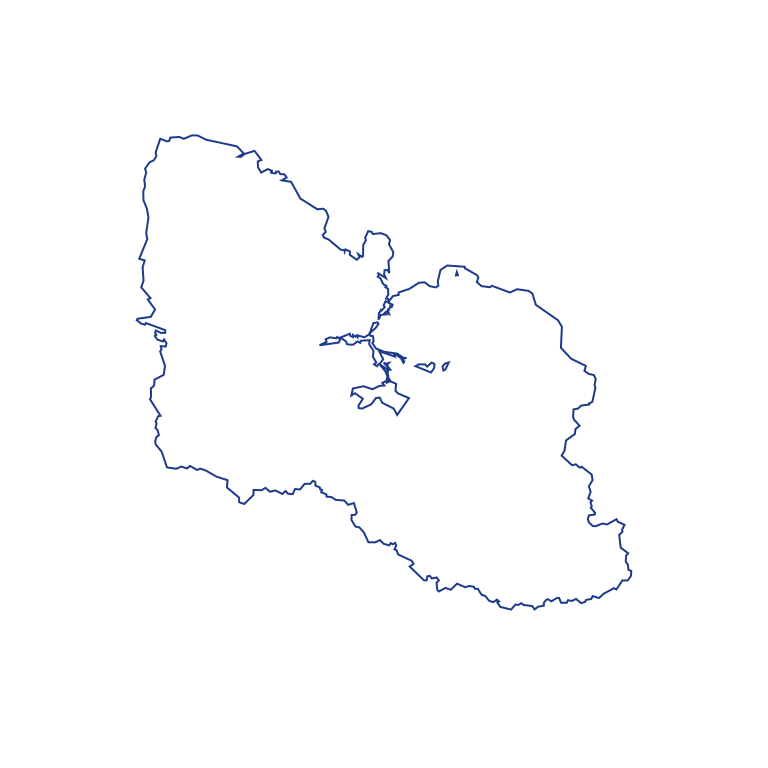 Kadamjay, Batken, Kyrgyzstan (Equal Earth projection), rotated 19°
{"feature_id": "92254566B89455719533038", "entity_name": "Kadamjay", "entity_type": "district", "adm_level": 2, "iso_a3": "KGZ", "parent_name": "Kyrgyzstan", "parent_adm1": "Batken", "projection": "equal_earth", "projection_center": [71.702, 39.995], "detail": "fine", "context": "isolated", "style": "outline", "palette": "blue", "viewbox_px": 768, "rotation_deg": 19, "n_neighbors": 0, "source": "geoboundaries", "source_scale": "gbopen_adm2", "svg_char_len": 6161}
<svg xmlns="http://www.w3.org/2000/svg" viewBox="0 0 768 768"><g transform="rotate(19 384 384)"><path d="M678.4,490.4L680.0,484.9L678.6,480.2L675.7,480.2L673.4,475.4L670.4,473.2L668.8,467.4L669.9,464.5L661.1,461.7L655.5,450.1L657.6,446.1L656.5,444.3L657.3,438.8L649.9,438.1L647.9,436.1L640.7,444.1L635.9,444.8L630.5,449.5L627.6,450.3L622.9,448.2L620.7,445.5L620.6,441.5L625.8,438.7L625.5,437.0L619.7,433.7L620.3,432.1L617.7,428.4L618.7,426.6L614.3,425.7L614.5,418.7L611.0,414.0L612.5,407.0L609.9,402.0L597.8,397.9L596.3,399.3L591.5,397.5L588.3,399.6L575.3,393.9L576.4,388.1L574.5,378.1L580.8,369.1L579.7,364.3L582.5,359.8L575.3,355.8L573.4,353.4L571.5,346.3L575.3,344.2L577.6,340.1L584.7,336.6L584.2,335.6L586.8,333.1L585.1,318.7L583.4,316.4L582.6,310.5L579.6,307.2L574.3,307.8L569.2,306.3L569.0,301.2L552.9,299.2L539.5,292.2L533.6,272.0L527.8,267.1L501.8,259.7L494.8,250.1L490.2,248.9L478.9,251.1L473.3,256.5L454.1,256.0L452.7,258.0L444.3,259.7L438.6,257.4L438.6,252.6L436.4,250.8L422.8,248.2L422.1,246.9L405.2,251.4L400.3,257.8L401.4,269.4L403.4,273.4L401.6,275.8L395.2,276.6L389.4,274.6L384.0,276.9L377.0,285.8L368.0,292.7L368.8,295.0L363.8,298.0L361.6,304.8L360.3,302.2L358.1,302.5L358.9,298.1L356.8,292.6L353.8,292.0L354.3,290.4L351.0,290.0L346.2,285.3L343.1,284.5L343.9,281.8L341.4,280.9L351.3,283.3L348.4,280.3L347.5,276.2L350.3,275.0L352.9,277.4L348.1,266.2L350.7,260.6L349.8,256.2L343.2,250.3L342.9,245.9L337.9,242.6L332.0,242.4L324.6,245.8L322.8,244.2L319.3,244.6L318.6,252.0L320.1,253.8L319.1,259.4L322.6,269.9L321.8,270.9L317.4,269.6L319.6,272.0L317.8,275.4L309.7,273.0L308.6,269.7L303.8,269.3L303.7,271.6L303.0,270.3L299.4,271.1L284.5,265.4L279.5,265.1L277.6,263.0L279.4,259.1L277.0,256.3L277.1,244.0L272.8,239.1L269.3,238.1L264.1,240.5L244.6,235.9L230.3,223.1L221.1,224.7L224.7,220.5L221.7,218.2L217.5,219.3L215.3,217.4L212.8,218.3L213.0,220.1L209.2,221.0L208.2,220.6L208.6,218.9L204.2,218.6L199.0,224.1L194.3,220.1L192.2,214.7L195.1,212.1L185.7,205.7L177.3,211.9L174.7,215.9L172.0,216.6L176.4,211.7L167.7,207.2L136.5,210.9L126.7,209.7L121.4,211.5L114.9,217.3L109.9,217.1L101.7,220.6L101.8,224.0L99.6,225.3L92.6,224.9L92.7,239.3L94.6,242.8L93.5,247.4L90.1,250.8L88.0,258.2L90.3,261.4L90.8,268.8L93.7,274.8L93.7,280.3L96.7,288.5L102.6,295.2L107.1,303.3L110.0,318.6L113.0,324.1L111.8,345.3L117.5,345.0L117.8,352.3L123.0,364.6L123.0,371.7L135.2,378.8L133.2,381.0L143.3,388.1L141.6,396.5L129.6,402.6L129.5,404.2L134.5,405.9L138.7,405.8L139.0,403.9L159.5,404.3L160.5,406.8L156.6,408.3L150.8,407.7L151.0,410.5L152.8,411.6L151.6,413.3L155.4,415.8L161.2,415.7L161.5,413.5L165.0,416.1L165.4,419.6L160.6,420.9L162.4,423.9L161.7,426.0L171.1,438.3L172.7,447.1L165.6,454.6L167.2,460.4L165.0,464.0L168.0,472.1L167.7,474.6L183.0,486.8L180.9,488.1L180.3,493.9L181.7,495.1L182.4,500.1L185.0,501.4L187.8,505.7L186.0,508.4L186.4,512.9L188.1,515.7L195.7,520.3L206.0,533.5L215.2,531.8L219.2,528.1L225.4,527.9L227.2,524.6L235.3,526.1L238.0,523.8L243.6,523.8L255.5,526.1L267.4,525.9L269.2,533.0L284.0,538.6L285.5,542.9L290.9,543.0L296.7,531.4L295.2,526.6L302.8,524.3L305.8,520.8L311.2,523.0L316.1,520.0L323.7,521.1L325.8,517.2L328.8,519.0L333.5,517.9L334.1,512.3L339.0,511.0L341.5,504.2L346.7,502.4L348.3,498.7L350.7,498.8L352.4,502.5L356.9,502.6L358.0,504.4L359.9,504.3L359.8,506.7L365.5,507.2L366.4,509.2L371.1,508.0L376.1,509.3L384.4,507.1L389.4,509.9L394.3,506.4L400.2,514.5L399.2,517.2L396.1,518.4L397.4,523.0L403.4,528.1L407.4,527.6L413.4,531.0L420.8,538.7L427.1,536.6L431.0,532.9L435.7,535.2L441.4,534.9L442.2,532.2L444.3,532.7L446.3,530.7L448.1,532.6L447.8,537.0L449.9,537.0L452.9,540.6L467.7,542.1L470.5,544.4L467.7,548.2L485.7,556.6L488.3,555.7L487.6,551.7L489.8,550.5L492.5,552.3L496.8,549.8L499.8,551.9L498.4,554.7L501.4,561.3L503.4,562.3L508.5,556.8L514.1,556.8L518.1,549.0L526.9,549.7L530.7,547.1L535.1,546.5L536.5,548.0L539.4,547.1L544.7,551.4L549.0,551.6L553.9,554.7L558.2,554.8L561.0,551.1L563.6,552.2L562.1,553.5L566.5,556.9L577.6,555.9L580.1,549.8L583.1,549.1L585.2,546.5L587.7,547.5L596.5,545.7L599.8,548.1L602.3,544.3L607.3,541.6L606.4,539.0L607.5,535.4L609.1,534.1L613.0,535.0L617.3,529.9L619.3,529.3L622.6,533.2L628.0,531.3L628.4,528.5L632.2,528.0L635.6,524.7L641.7,527.0L645.1,524.6L645.3,522.4L650.0,519.7L650.3,516.6L657.0,516.4L659.7,511.1L667.9,502.2L670.6,502.6L673.4,492.1L678.4,490.4ZM356.0,398.4L365.4,392.8L374.9,392.7L380.3,387.3L384.8,385.3L382.1,383.5L384.4,381.0L386.0,382.0L388.2,380.1L386.6,377.0L389.6,379.4L395.4,379.9L397.0,386.6L400.0,388.3L412.2,389.2L406.5,409.0L401.2,404.1L388.4,402.3L384.3,398.2L380.9,400.0L378.6,407.3L371.3,414.4L367.9,415.0L366.9,412.8L368.8,404.8L359.4,402.2L356.9,405.5L356.0,398.4ZM327.7,354.2L335.4,347.6L336.6,349.5L339.5,349.7L338.8,347.7L341.9,348.5L342.5,346.9L343.8,348.0L343.5,346.6L350.2,346.2L354.2,341.5L353.7,340.0L354.5,338.2L354.2,341.2L355.5,342.8L358.1,342.4L360.3,347.1L359.7,349.1L364.7,353.0L373.4,353.5L386.6,351.0L393.9,352.9L396.9,352.0L393.2,354.1L395.9,356.2L395.4,357.7L391.9,354.2L386.2,352.3L384.1,352.8L385.5,354.5L368.8,354.6L375.2,360.9L373.3,366.6L382.0,369.1L382.9,371.2L382.3,367.1L376.7,363.8L379.0,364.4L381.7,362.6L380.5,365.3L385.3,368.4L383.6,369.0L383.7,371.9L387.8,379.8L385.5,381.0L384.6,375.3L380.9,371.4L374.0,367.2L372.4,367.1L371.6,369.5L368.2,368.6L369.7,366.2L364.6,361.8L363.3,356.2L356.9,351.0L356.1,347.2L347.9,350.7L348.1,352.9L345.0,352.4L342.1,356.8L339.3,357.8L336.0,358.4L334.2,356.1L327.7,354.2ZM408.0,356.9L410.6,354.0L416.6,352.1L419.1,353.5L422.1,348.2L425.1,348.6L426.3,352.4L424.7,357.8L408.0,356.9ZM355.8,314.8L357.9,315.1L359.7,311.0L358.0,309.8L358.5,305.1L366.3,306.2L366.2,308.6L364.5,308.2L365.0,309.7L363.6,312.0L364.5,312.5L362.8,314.8L364.9,314.7L366.0,316.1L362.2,315.2L361.4,317.0L363.1,317.6L358.6,319.6L357.9,325.0L356.1,318.5L357.5,315.2L355.8,314.8ZM310.4,368.4L316.0,362.8L314.2,360.7L317.8,357.5L323.9,356.4L324.4,354.8L328.1,355.9L327.8,359.5L310.4,368.4ZM354.0,337.3L354.2,329.8L358.0,327.8L359.3,329.1L357.6,334.3L355.2,338.4L354.0,337.3ZM433.6,348.3L435.1,344.8L438.2,342.6L437.3,350.4L435.9,351.9L433.6,348.3ZM416.7,257.9L416.4,254.5L418.4,257.0L416.7,257.9Z" fill="none" stroke="#1e3a8a" stroke-width="2"/></g></svg>